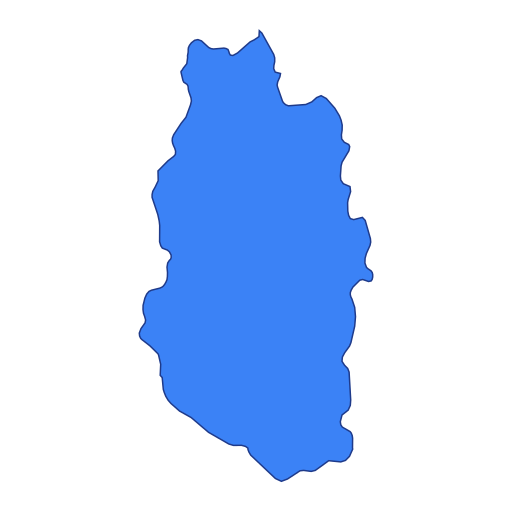 outline of Meuse
{"feature_id": "FRA-5326", "entity_name": "Meuse", "entity_type": "Metropolitan department", "adm_level": 1, "iso_a3": "FRA", "parent_name": "France", "parent_adm1": "", "projection": "orthographic", "projection_center": [5.366, 49.01], "detail": "fine", "context": "isolated", "style": "filled", "palette": "blue", "viewbox_px": 512, "rotation_deg": 0, "n_neighbors": 0, "source": "natural_earth", "source_scale": "10m", "svg_char_len": 2812}
<svg xmlns="http://www.w3.org/2000/svg" viewBox="0 0 512 512"><path d="M259.3,30.7L261.9,33.1L273.7,54.4L274.7,57.9L274.7,61.8L273.9,65.4L273.7,68.7L275.2,72.1L280.5,73.5L279.9,76.8L277.7,81.8L277.1,85.0L277.6,87.2L282.4,100.9L283.3,102.6L285.6,104.7L288.4,105.8L305.8,104.5L311.8,101.9L316.6,97.6L321.1,95.7L326.3,98.5L334.8,108.2L339.4,115.8L341.1,120.2L342.2,125.1L342.1,130.2L341.4,134.9L341.7,139.0L344.3,142.3L348.7,144.5L349.7,146.6L348.9,150.8L342.1,162.1L341.1,165.8L340.4,176.0L340.8,180.1L343.3,183.7L350.0,186.6L350.6,191.6L348.1,199.7L347.6,202.7L347.8,211.2L348.6,215.3L350.3,218.6L353.7,219.6L362.4,217.4L365.2,220.4L370.4,238.6L370.7,242.1L370.0,245.4L366.4,253.5L365.1,258.2L364.9,263.0L366.5,267.4L367.9,268.7L371.0,270.8L372.2,272.5L372.7,274.5L372.7,277.0L372.2,279.3L371.2,280.9L368.6,281.5L362.7,279.5L359.8,280.2L352.9,287.1L351.2,290.1L350.3,292.6L350.3,294.8L350.9,297.0L352.0,299.2L354.7,307.4L355.5,316.7L354.7,326.2L350.9,342.7L349.5,346.1L344.7,352.7L342.4,357.0L342.0,361.3L344.5,365.2L347.7,368.5L349.1,372.1L350.7,400.0L350.3,405.4L348.2,410.1L342.0,415.0L340.3,421.7L340.8,424.8L342.3,427.1L350.1,431.6L351.2,433.0L352.2,435.5L352.6,438.2L352.5,447.9L352.7,449.1L349.5,456.3L345.5,460.4L340.8,461.9L328.7,460.7L315.3,470.4L311.2,471.4L303.6,470.4L300.0,470.8L287.5,479.0L281.4,481.3L275.4,478.5L250.7,455.1L248.9,452.0L248.0,449.6L247.9,448.5L247.8,448.0L245.5,446.4L241.5,445.3L233.5,445.4L228.8,444.0L208.5,432.3L191.1,417.5L179.6,411.1L171.0,403.5L168.2,400.3L165.8,396.3L164.3,392.6L163.3,389.4L162.2,377.6L160.2,375.3L160.7,364.3L158.6,355.2L158.0,353.8L150.0,345.9L141.8,339.5L140.7,338.4L139.6,336.0L139.3,333.1L141.0,328.6L145.1,322.8L145.6,320.0L144.6,316.3L143.5,313.3L143.0,309.5L143.1,305.3L144.9,298.1L146.7,294.1L149.0,291.4L151.5,290.2L159.9,288.1L162.0,287.1L163.3,286.1L164.7,284.3L166.0,282.0L167.0,279.6L167.4,276.5L167.5,272.6L167.0,267.1L167.7,263.0L169.0,260.9L169.8,259.9L170.3,259.6L170.7,259.0L171.2,257.4L171.1,255.0L169.4,251.8L167.4,250.1L162.3,248.1L160.8,245.8L159.6,241.8L159.7,225.5L159.2,221.0L157.8,214.5L152.1,197.4L152.1,194.5L152.8,191.3L155.2,187.0L158.2,180.7L158.0,170.9L168.1,160.7L173.7,156.4L175.4,154.4L175.6,151.2L174.8,148.4L173.5,145.6L172.6,143.1L172.2,140.6L172.4,138.0L173.7,134.7L181.1,123.4L186.0,117.2L190.5,104.9L191.4,101.0L191.0,97.8L188.8,91.5L188.3,89.2L188.2,87.5L188.0,86.1L187.1,84.4L183.8,82.2L182.9,80.3L181.2,73.0L181.0,72.0L181.1,71.3L182.0,70.3L183.4,68.0L186.8,63.7L187.6,57.6L187.5,55.7L188.1,52.6L188.2,51.1L188.2,49.5L188.4,47.7L189.5,45.3L191.4,42.8L194.6,40.3L197.9,39.6L201.5,40.9L208.7,47.5L211.0,48.6L213.4,49.0L223.9,48.1L226.0,48.5L228.0,49.5L228.8,51.5L229.4,53.5L230.4,55.1L232.9,55.5L237.5,53.0L250.1,41.9L254.3,39.8L259.0,36.6L259.3,30.7Z" fill="#3b82f6" stroke="#1e3a8a" stroke-width="1.5"/></svg>